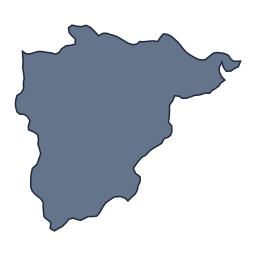 outline of Taparuba, Minas Gerais, Brazil
{"feature_id": "56859067B97450946260268", "entity_name": "Taparuba", "entity_type": "district", "adm_level": 2, "iso_a3": "BRA", "parent_name": "Brazil", "parent_adm1": "Minas Gerais", "projection": "orthographic", "projection_center": [-41.602, -19.749], "detail": "fine", "context": "isolated", "style": "filled", "palette": "slate", "viewbox_px": 256, "rotation_deg": 0, "n_neighbors": 0, "source": "geoboundaries", "source_scale": "gbopen_adm2", "svg_char_len": 2056}
<svg xmlns="http://www.w3.org/2000/svg" viewBox="0 0 256 256"><path d="M127.9,201.0L131.2,197.6L135.3,193.9L137.3,190.0L138.0,186.0L140.1,181.8L140.1,176.8L135.5,173.4L133.4,168.3L136.3,164.0L138.8,160.7L141.9,157.2L145.7,155.2L149.8,150.7L154.0,147.8L158.0,145.6L161.7,143.2L164.1,138.6L168.1,137.3L170.7,135.0L171.9,131.4L171.7,125.9L168.4,121.9L169.1,117.8L169.5,112.4L169.5,105.2L172.6,100.8L174.6,95.8L179.2,96.2L182.1,98.3L185.9,98.3L189.7,97.2L194.2,95.5L199.6,94.9L205.5,93.0L209.6,93.3L212.0,90.6L215.3,88.6L218.8,86.1L220.8,83.0L224.9,80.1L221.7,76.7L219.5,72.2L219.1,67.7L221.9,62.0L223.2,66.9L226.3,71.3L231.1,71.0L233.8,68.8L238.3,66.8L240.6,61.1L233.5,61.3L230.7,58.9L228.5,55.4L225.0,53.7L220.9,52.9L217.3,52.5L213.6,53.1L209.7,56.0L205.7,59.4L202.1,60.1L198.6,59.4L195.2,57.9L191.2,55.6L187.2,53.0L184.7,50.5L182.2,47.6L179.8,44.4L177.4,41.8L174.4,39.0L171.0,36.1L167.7,34.5L163.4,33.9L160.3,37.4L157.7,41.5L153.5,40.9L148.5,41.2L143.6,41.8L139.7,41.5L136.9,44.1L132.7,44.7L128.6,43.4L124.8,41.2L120.0,38.3L116.5,36.4L111.5,34.8L106.7,33.3L102.9,33.3L98.6,35.7L94.0,30.8L90.7,27.6L86.2,25.3L81.1,26.7L76.0,26.1L72.0,25.1L68.5,27.8L69.2,32.7L71.6,35.5L75.3,39.0L75.1,44.2L70.5,45.3L65.9,45.8L61.5,48.9L59.5,51.9L55.8,54.3L51.4,52.9L47.2,52.4L42.0,51.5L37.8,51.5L34.5,52.5L30.2,53.8L26.4,53.9L22.5,51.3L22.7,56.2L23.1,61.3L22.7,67.5L23.6,73.0L24.2,78.3L23.4,82.8L23.6,88.6L20.9,93.2L17.0,95.5L15.9,99.2L15.4,103.9L15.9,108.0L17.2,112.1L20.0,114.2L24.3,114.4L27.6,116.8L29.9,120.7L28.3,126.3L28.6,129.9L33.8,131.9L37.6,134.7L38.5,139.0L38.0,144.1L39.5,149.0L40.7,153.7L39.2,158.0L37.0,164.2L32.4,168.4L31.2,173.7L30.8,178.1L30.7,183.4L30.9,187.5L32.2,191.0L35.2,194.4L40.6,198.6L43.3,202.6L43.1,206.2L43.5,212.5L44.2,217.0L47.2,219.6L50.9,222.5L50.2,228.5L54.4,230.9L58.0,228.7L62.1,226.6L66.0,222.9L68.7,219.3L72.9,218.0L76.2,219.3L80.7,220.3L84.7,218.4L88.0,216.6L92.6,216.6L96.9,216.0L99.8,212.5L102.2,208.0L105.5,203.0L110.5,199.4L114.3,197.0L120.4,196.5L125.2,198.2L127.9,201.0Z" fill="#64748b" stroke="#1e293b" stroke-width="1.5"/></svg>